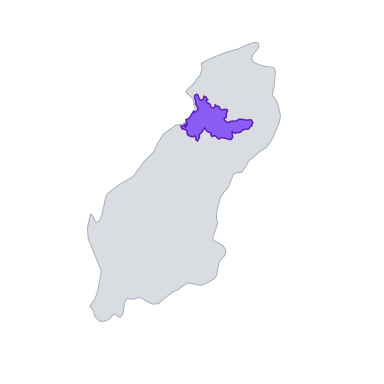 where Lezhë sits in Albania, rotated 37°
{"feature_id": "ALB-1528", "entity_name": "Lezhë", "entity_type": "County", "adm_level": 1, "iso_a3": "ALB", "parent_name": "Albania", "parent_adm1": "", "projection": "orthographic", "projection_center": [19.841, 41.793], "detail": "fine", "context": "in_parent", "style": "filled", "palette": "violet", "viewbox_px": 384, "rotation_deg": 37, "n_neighbors": 0, "source": "natural_earth", "source_scale": "10m", "svg_char_len": 4115}
<svg xmlns="http://www.w3.org/2000/svg" viewBox="0 0 384 384"><g transform="rotate(37 192 192)"><path d="M126.7,115.7L127.0,110.4L128.3,102.1L127.6,99.3L128.3,94.5L126.0,88.1L122.0,83.5L125.9,75.4L131.5,65.6L136.7,57.8L142.9,49.7L147.1,41.9L151.6,35.2L155.4,33.2L157.3,34.6L158.3,37.5L158.0,46.2L159.3,49.2L162.0,51.4L167.6,50.3L173.8,48.2L182.1,43.5L183.5,43.8L186.6,46.2L193.1,56.7L197.5,65.9L205.9,69.0L210.7,72.6L216.8,78.0L219.7,83.5L224.0,100.3L224.6,110.4L223.4,115.1L222.4,116.3L218.7,132.9L219.7,141.3L219.7,146.8L216.5,149.1L214.4,152.6L218.0,166.3L217.6,172.2L217.8,178.9L224.2,194.2L228.0,199.0L231.3,201.2L235.7,215.3L238.3,217.7L248.7,216.3L253.7,217.8L255.8,221.1L256.3,223.4L255.7,231.3L258.4,237.4L261.9,243.6L262.0,247.5L259.7,253.8L255.6,261.1L250.1,264.0L244.1,266.5L241.2,272.2L239.8,278.2L237.1,282.7L235.5,287.7L233.0,297.7L232.4,301.4L228.3,305.1L221.8,306.7L216.1,307.0L212.2,308.8L210.2,312.2L206.6,315.0L204.3,316.2L204.4,319.3L207.1,325.6L210.2,330.8L210.3,335.0L208.8,336.1L204.0,335.6L203.0,337.2L202.6,341.8L201.3,345.8L199.4,348.2L196.0,350.8L189.8,350.0L184.0,346.0L180.9,344.8L179.2,345.0L178.7,335.3L176.2,327.7L167.0,309.5L137.2,291.8L130.3,283.8L127.2,277.2L124.2,270.8L127.1,270.7L130.0,272.3L133.7,274.2L135.3,271.1L133.7,264.2L126.1,248.0L125.6,243.6L129.4,230.2L135.7,215.1L135.3,196.7L137.3,182.9L135.2,173.9L134.3,162.9L138.8,148.3L142.7,144.7L145.1,140.1L145.3,124.4L136.7,117.1L126.7,115.7Z" fill="#d9dde1" stroke="#a8b0b8" stroke-width="1"/><path d="M143.5,146.1L144.2,145.9L145.8,142.3L146.3,142.3L146.4,143.4L146.7,144.1L147.2,144.2L148.0,143.8L147.4,140.9L147.0,140.2L146.3,140.9L146.0,140.0L143.6,137.9L145.3,135.0L145.2,131.7L144.7,128.2L144.8,126.3L146.2,126.8L147.0,125.4L147.0,123.2L146.4,121.1L145.9,121.2L141.5,119.3L141.3,118.1L136.5,114.3L136.2,113.0L136.5,111.8L137.1,111.0L137.8,110.9L138.8,111.3L141.5,113.0L142.9,113.6L144.0,113.2L145.0,112.2L144.7,110.0L144.3,108.9L143.9,108.4L144.8,108.0L146.1,107.8L146.4,107.9L146.6,108.0L146.9,108.3L147.4,108.5L147.9,108.6L148.8,108.7L149.0,108.7L149.1,108.9L149.0,109.2L148.8,109.5L148.5,110.0L148.4,110.5L148.5,110.8L148.8,111.0L149.5,111.4L150.2,111.4L153.0,111.0L153.7,111.1L154.3,111.4L155.8,112.6L156.8,113.0L157.5,112.7L158.1,112.3L158.7,111.7L159.0,111.3L159.1,110.9L159.0,110.5L158.1,108.5L160.5,108.4L162.0,107.6L162.5,107.6L163.1,107.9L163.7,108.3L164.9,108.8L165.6,108.8L166.2,108.6L166.6,108.3L167.1,107.6L167.9,106.9L168.7,106.0L169.6,105.4L170.4,105.2L170.9,105.2L171.4,105.7L171.5,106.2L171.7,107.3L172.3,108.8L172.7,109.4L174.2,111.3L174.4,111.8L174.4,112.2L174.2,112.5L173.6,113.1L173.5,113.5L173.5,114.0L173.9,114.4L174.3,114.8L175.0,115.1L178.0,115.2L178.6,115.0L179.1,114.6L180.0,112.9L180.5,112.2L182.3,110.4L183.5,109.7L184.2,109.1L185.0,108.0L185.6,105.8L186.3,105.1L187.2,104.4L192.2,101.9L195.4,98.9L197.7,99.3L198.7,100.0L199.0,100.7L199.7,102.6L199.8,103.2L199.6,103.8L199.4,104.4L199.3,105.1L199.3,105.9L199.4,107.0L199.3,107.5L199.0,107.8L197.5,109.1L197.2,109.5L197.0,109.8L196.8,110.0L196.5,110.1L196.3,110.3L196.1,110.6L195.0,112.6L195.1,114.1L193.8,116.3L192.9,116.9L191.9,118.0L191.2,118.9L190.2,119.4L189.2,119.6L188.4,119.6L187.9,119.8L187.7,120.1L187.9,120.4L191.3,123.4L191.6,124.1L191.7,125.6L191.7,126.2L191.0,127.2L183.4,130.3L182.9,130.7L182.5,131.2L182.2,132.5L181.9,133.0L181.4,133.5L180.7,133.7L177.9,133.2L177.1,133.2L176.6,133.3L175.6,134.0L175.3,134.3L175.3,134.6L175.3,135.0L175.0,135.4L174.5,135.6L172.9,135.0L172.3,134.7L172.0,134.4L171.5,133.4L171.3,133.3L170.0,133.9L168.6,134.4L167.5,134.5L165.8,134.1L164.8,133.4L164.2,133.1L163.9,133.0L163.6,134.8L163.8,139.3L163.5,140.6L163.3,140.9L163.2,141.3L163.3,141.7L164.5,143.1L164.9,143.7L165.2,144.5L165.1,145.2L165.7,147.9L163.6,147.8L163.1,147.3L162.3,146.6L161.6,145.7L161.2,145.5L160.8,145.4L160.3,145.8L160.1,146.2L160.0,146.6L159.5,147.3L158.5,148.0L156.0,148.8L154.8,148.9L153.8,148.8L153.2,148.4L152.8,148.0L152.1,147.1L151.8,146.8L150.4,146.0L150.0,145.9L148.2,146.7L147.0,146.8L146.7,146.9L146.6,147.1L146.3,147.7L143.8,146.3L143.5,146.1Z" fill="#8b5cf6" stroke="#5b21b6" stroke-width="1.5"/></g></svg>